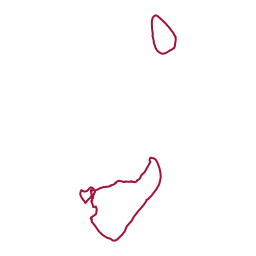 Niuatoputapu, Tonga
{"feature_id": "48082658B65008751810266", "entity_name": "Niuatoputapu", "entity_type": "district", "adm_level": 2, "iso_a3": "TON", "parent_name": "Tonga", "parent_adm1": "", "projection": "natural_earth1", "projection_center": [-173.776, -15.91], "detail": "fine", "context": "isolated", "style": "outline", "palette": "rose", "viewbox_px": 256, "rotation_deg": 0, "n_neighbors": 0, "source": "geoboundaries", "source_scale": "gbopen_adm2", "svg_char_len": 2370}
<svg xmlns="http://www.w3.org/2000/svg" viewBox="0 0 256 256"><path d="M131.7,220.7L132.8,218.6L134.0,216.6L138.4,211.0L143.0,205.8L145.0,203.1L146.5,200.6L146.6,199.9L147.9,199.2L151.6,195.6L153.0,193.6L156.3,189.4L159.0,184.6L159.9,181.5L160.7,177.4L160.5,173.3L159.5,168.2L157.2,162.1L155.7,159.7L154.1,158.5L150.7,157.7L149.9,158.3L149.6,160.7L150.3,162.0L144.6,172.2L141.4,175.2L141.0,175.9L140.5,176.9L140.3,177.7L139.3,179.1L136.9,180.5L136.7,181.2L136.0,181.8L135.8,181.9L135.1,182.0L134.5,182.2L133.0,181.6L132.1,181.9L131.1,181.6L130.9,181.2L129.9,181.8L127.1,181.7L125.2,181.5L124.5,182.1L122.2,181.5L121.4,181.3L119.8,180.9L118.5,180.9L117.1,181.5L115.3,183.0L115.5,183.3L114.6,183.9L114.0,184.4L112.2,185.0L111.5,185.1L110.8,185.4L110.6,186.0L109.3,186.4L107.7,186.7L105.7,186.8L104.8,187.0L103.4,187.1L101.1,187.9L99.7,188.3L98.8,188.9L97.9,189.4L96.4,189.9L95.3,190.5L94.8,192.5L94.0,193.3L93.9,194.6L93.1,195.2L93.1,196.6L93.2,197.9L92.7,198.3L92.1,198.6L92.2,200.6L91.4,201.0L91.6,202.3L92.3,203.5L93.3,207.0L95.8,206.6L96.8,209.5L96.5,210.8L96.4,212.8L95.9,214.1L93.8,215.7L91.2,217.4L90.8,218.4L91.2,219.3L91.8,219.3L91.7,221.9L94.2,224.6L98.7,231.2L102.9,235.2L107.2,237.8L110.4,238.7L112.8,240.5L115.0,240.6L117.0,239.7L122.1,234.7L124.9,231.1L126.0,228.1L126.7,226.4L131.7,220.7ZM161.0,19.1L159.3,17.5L157.6,16.2L156.8,15.6L155.2,15.4L153.4,16.8L152.5,18.2L151.8,21.7L151.9,23.9L152.0,28.1L152.8,34.2L152.5,35.7L153.7,40.7L153.9,43.1L155.6,47.9L157.1,50.6L159.0,52.2L160.5,53.1L161.8,53.6L163.3,53.7L164.5,53.5L166.5,52.7L168.5,51.4L170.5,50.1L171.7,49.7L173.0,48.7L173.3,48.4L173.8,48.4L174.3,47.5L174.9,45.9L175.0,45.0L174.9,44.8L175.5,41.7L175.7,39.7L175.7,38.3L175.7,37.7L175.4,37.3L175.6,36.9L175.4,36.5L175.1,36.2L175.0,35.8L174.6,35.5L173.8,33.8L173.3,33.0L171.5,30.7L169.6,28.0L165.0,22.9L161.0,19.1ZM91.5,193.2L91.0,192.2L91.0,191.1L91.0,190.4L91.3,190.0L91.8,190.4L92.2,190.7L93.4,190.0L93.8,189.5L93.4,188.7L92.3,187.8L91.4,187.5L90.6,187.4L89.2,188.5L88.3,189.6L87.0,191.0L84.5,191.6L82.9,191.1L82.4,190.8L82.2,190.5L81.3,190.3L80.6,191.9L80.3,193.4L80.3,194.7L80.8,195.9L81.3,196.8L81.8,198.0L82.9,199.4L83.6,200.3L84.3,201.1L84.8,202.1L85.4,202.9L85.6,202.8L86.6,201.6L87.2,200.7L87.7,200.1L88.3,199.4L89.2,198.7L90.2,197.8L90.8,197.1L91.7,195.5L91.7,194.2L91.3,193.8L91.5,193.2Z" fill="none" stroke="#9f1239" stroke-width="2"/></svg>